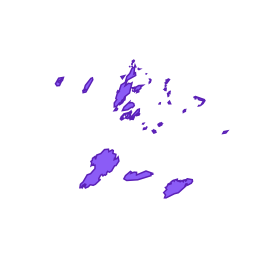 Banggai Laut, Sulawesi Tengah, Indonesia, rotated 228°
{"feature_id": "22746128B78411617556279", "entity_name": "Banggai Laut", "entity_type": "district", "adm_level": 2, "iso_a3": "IDN", "parent_name": "Indonesia", "parent_adm1": "Sulawesi Tengah", "projection": "equal_earth", "projection_center": [123.625, -1.86], "detail": "fine", "context": "isolated", "style": "filled", "palette": "violet", "viewbox_px": 256, "rotation_deg": 228, "n_neighbors": 0, "source": "geoboundaries", "source_scale": "gbopen_adm2", "svg_char_len": 6078}
<svg xmlns="http://www.w3.org/2000/svg" viewBox="0 0 256 256"><g transform="rotate(228 128 128)"><path d="M115.8,52.3L114.3,54.1L114.5,55.2L115.0,55.3L114.5,54.6L114.9,54.7L114.7,53.9L115.1,53.7L115.6,55.0L115.6,56.6L114.5,56.4L115.3,58.4L114.3,58.9L113.1,56.4L111.9,56.2L110.9,59.1L111.1,62.0L108.7,63.8L108.0,66.1L108.2,73.3L109.0,71.7L110.0,72.5L111.2,76.0L110.9,77.6L109.2,77.3L109.0,79.2L108.1,79.5L108.0,81.1L108.9,82.1L109.4,83.8L107.5,84.7L107.1,87.2L108.9,92.7L108.1,94.0L109.5,99.1L113.1,101.3L112.8,99.0L113.7,96.5L114.6,97.8L114.0,98.3L116.5,101.4L119.2,99.8L121.1,102.0L122.3,101.6L123.2,97.9L125.3,99.3L127.7,96.1L127.2,90.6L128.8,86.8L126.4,82.8L128.9,84.4L129.2,81.4L127.8,79.7L128.0,78.1L126.2,77.6L124.6,75.3L124.2,77.9L123.5,77.2L122.5,78.6L119.9,76.3L119.1,69.6L120.5,66.3L118.0,58.6L118.0,55.0L115.8,52.3ZM53.1,111.1L51.7,108.4L50.6,109.6L48.1,118.5L46.2,122.1L46.2,132.6L46.7,133.3L47.0,132.1L47.7,133.5L47.2,134.5L45.6,134.1L44.6,138.1L45.2,140.3L46.6,141.2L50.6,138.1L50.8,135.9L50.4,135.6L50.3,136.4L49.9,136.3L50.0,135.4L51.0,135.3L51.0,136.2L52.0,134.6L51.2,133.1L52.8,133.1L53.1,130.9L54.0,130.3L54.3,131.2L55.4,129.5L56.5,130.1L56.4,128.6L57.1,130.1L58.4,127.4L57.8,126.8L58.8,126.6L59.2,124.1L57.7,122.7L58.5,120.9L58.9,122.5L59.5,120.3L58.3,117.4L58.8,116.0L56.4,115.7L56.1,111.3L53.1,111.1ZM155.8,134.6L152.9,131.9L151.7,134.5L152.3,138.1L151.6,137.9L152.0,141.2L151.0,144.5L152.0,145.7L152.2,141.7L152.6,141.9L152.3,143.9L153.4,146.6L153.0,152.5L158.9,161.2L159.3,159.4L160.8,158.4L161.3,154.1L163.4,158.4L164.6,151.7L161.8,146.8L161.7,145.6L162.5,145.4L162.0,144.1L161.0,145.2L160.8,143.1L158.1,138.7L156.6,138.6L155.8,134.6ZM93.0,90.9L89.9,91.9L83.0,100.6L77.2,113.2L78.2,114.0L77.5,114.9L78.4,114.7L78.1,115.8L84.0,112.6L87.4,102.9L89.3,104.7L91.1,103.0L92.3,99.9L92.8,101.1L94.1,100.8L94.3,94.3L93.0,90.9ZM164.5,157.6L161.9,168.9L164.2,170.6L164.5,170.3L164.2,169.3L164.0,170.2L163.4,169.5L164.3,168.7L168.4,173.2L169.6,172.1L169.5,170.6L167.3,165.7L167.0,161.6L164.5,157.6ZM146.3,146.9L146.2,139.1L144.7,135.5L141.7,140.1L141.1,144.3L140.2,145.0L140.4,147.6L142.3,148.6L144.2,148.0L145.6,145.9L146.3,146.9ZM186.0,119.5L184.3,118.3L182.9,120.8L187.4,134.1L189.1,135.1L189.7,133.6L188.2,124.9L186.3,121.7L184.7,122.6L185.3,119.7L186.0,120.6L186.0,119.5ZM211.4,109.8L209.4,103.7L206.9,103.4L205.4,105.5L207.3,109.9L207.8,108.8L207.0,107.7L209.5,106.6L208.3,112.6L206.8,110.4L208.8,113.9L211.4,109.8ZM150.5,157.3L149.9,160.5L148.9,161.2L149.0,164.3L150.0,165.0L149.7,167.8L152.4,164.3L153.0,161.4L152.2,158.8L150.5,157.3ZM135.2,147.5L133.8,135.6L132.8,135.2L132.4,147.0L134.5,149.1L135.2,147.5ZM106.9,197.1L105.7,198.7L103.1,200.1L101.2,199.8L97.6,202.4L96.2,197.2L96.0,200.2L96.9,203.5L98.1,203.7L106.3,199.2L106.9,197.1ZM137.3,132.7L135.0,134.1L135.6,137.6L136.9,138.7L136.3,138.7L136.8,139.1L137.5,137.9L136.8,139.6L137.8,141.9L137.9,140.6L138.6,141.4L138.9,138.8L137.2,135.2L136.8,133.4L138.1,135.0L137.3,132.7ZM139.9,128.4L138.3,128.7L137.8,131.1L138.0,131.8L138.5,129.2L139.2,130.2L139.3,129.0L139.6,131.3L140.6,131.1L140.2,132.2L140.6,134.2L139.5,134.6L139.6,137.6L141.2,134.5L140.8,130.6L139.9,128.4ZM109.7,144.1L106.9,143.8L106.1,145.9L107.6,146.5L108.2,145.0L109.4,145.4L109.7,144.1ZM59.2,200.1L61.2,196.8L60.5,194.8L58.8,197.4L59.2,200.1ZM136.6,188.4L135.2,186.1L136.2,191.2L137.3,190.9L137.8,189.0L137.1,188.4L137.8,188.2L136.7,187.2L136.6,188.4ZM170.9,157.2L168.4,156.8L169.2,160.5L170.9,157.2ZM150.1,129.3L148.7,131.3L149.2,133.1L151.0,133.1L150.1,129.3ZM118.7,174.5L117.5,175.9L120.2,176.8L120.1,174.8L118.7,174.5ZM151.0,136.7L150.5,140.8L151.1,142.9L151.9,140.4L151.0,136.7ZM116.6,138.5L115.3,140.7L116.3,143.2L116.0,140.0L116.8,139.7L117.0,140.7L117.3,139.4L116.6,138.5ZM109.4,152.2L108.4,152.3L107.7,155.0L108.0,156.1L108.2,155.0L108.6,155.8L108.3,153.6L109.6,153.5L109.4,152.2ZM173.4,175.6L173.3,176.5L173.7,177.6L174.6,177.6L174.8,176.0L174.2,175.6L173.9,176.7L173.4,175.6ZM131.2,180.7L130.5,181.3L132.0,182.9L132.3,182.3L131.2,180.7ZM155.1,158.0L153.8,157.8L153.7,158.5L154.3,159.2L155.1,158.0ZM102.6,179.6L102.3,181.0L103.5,180.4L103.9,181.5L103.6,180.4L102.6,179.6ZM147.2,173.9L147.1,175.2L147.7,176.1L147.9,174.5L147.2,173.9ZM165.4,174.8L164.1,175.2L163.8,176.3L165.4,174.8ZM131.4,138.7L131.7,136.9L130.9,137.6L131.4,138.7ZM125.1,167.3L124.4,168.0L125.1,168.8L125.4,168.2L125.1,167.3ZM149.9,176.7L147.7,176.2L148.1,176.9L148.7,177.3L149.6,177.1L149.9,176.7ZM132.5,180.8L131.8,181.5L132.7,182.0L132.5,180.8ZM96.1,197.1L97.4,195.7L97.2,195.2L96.1,197.1ZM153.3,156.8L152.1,156.3L151.9,156.5L153.3,156.8ZM148.1,159.4L147.8,160.3L148.5,160.4L148.9,159.1L148.5,160.3L148.1,159.4ZM131.0,144.6L130.4,145.4L131.1,146.6L131.0,144.6ZM170.0,175.3L169.2,174.1L168.4,174.4L168.2,174.7L170.0,175.3ZM126.1,180.3L125.6,180.1L126.4,181.7L126.1,180.3ZM110.6,152.8L109.9,152.7L110.5,153.6L110.6,152.8ZM133.9,184.4L134.5,184.1L133.9,183.6L133.9,184.4ZM120.9,142.9L121.4,142.1L121.2,141.6L120.7,142.0L120.9,142.9ZM136.6,185.8L135.6,185.6L136.4,186.4L136.6,185.8ZM109.4,155.7L108.9,156.4L109.5,156.3L109.4,155.7ZM125.6,179.3L124.7,179.0L124.6,180.6L124.9,179.1L125.6,179.3ZM173.2,170.3L172.4,170.3L172.0,171.0L172.5,170.4L173.2,170.3ZM127.2,183.3L126.3,182.9L127.0,183.7L127.2,183.3ZM153.2,161.1L153.7,160.5L153.3,160.1L153.2,161.1ZM148.8,158.9L148.5,158.3L148.2,159.0L148.8,158.9ZM173.0,173.6L172.2,173.2L173.3,174.5L173.0,173.6ZM104.4,198.0L105.2,196.9L103.9,198.3L104.4,198.0ZM127.1,180.4L126.5,180.1L127.1,182.0L127.1,180.4ZM131.5,143.1L131.8,142.0L131.1,143.3L131.5,143.1ZM125.8,181.7L125.5,182.1L126.1,182.5L125.8,181.7ZM110.0,154.8L109.4,154.8L109.9,155.3L110.0,154.8ZM156.7,177.5L156.0,177.6L156.0,177.9L156.7,177.5ZM165.3,175.7L165.7,174.9L165.0,175.7L165.3,175.7ZM171.0,172.5L171.5,171.6L170.8,172.4L171.0,172.5ZM109.2,145.9L108.9,145.6L108.6,146.1L109.2,145.9ZM102.4,182.2L102.2,181.5L102.0,181.2L102.1,181.9L102.4,182.2ZM102.2,199.5L102.6,199.1L102.1,199.4L102.2,199.5ZM103.8,182.3L103.8,181.6L103.7,182.4L103.8,182.3ZM127.1,182.9L127.3,182.8L127.2,182.3L127.1,182.9Z" fill="#8b5cf6" stroke="#5b21b6" stroke-width="1.5"/></g></svg>